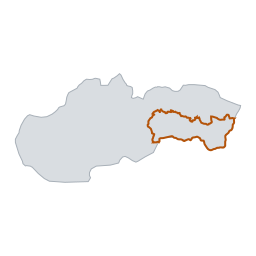 where Košický sits in Slovakia
{"feature_id": "SVK-1057", "entity_name": "Košický", "entity_type": "Region", "adm_level": 1, "iso_a3": "SVK", "parent_name": "Slovakia", "parent_adm1": "", "projection": "orthographic", "projection_center": [21.122, 48.674], "detail": "fine", "context": "in_parent", "style": "outline", "palette": "amber", "viewbox_px": 256, "rotation_deg": 0, "n_neighbors": 0, "source": "natural_earth", "source_scale": "10m", "svg_char_len": 6659}
<svg xmlns="http://www.w3.org/2000/svg" viewBox="0 0 256 256"><path d="M240.6,105.5L240.1,108.0L238.6,110.9L236.6,113.9L235.0,117.5L232.9,125.3L231.4,128.9L225.5,136.0L225.2,145.8L224.4,146.5L210.7,150.0L208.8,149.5L207.0,147.6L205.9,146.2L205.3,145.2L204.1,142.5L202.5,140.6L200.1,139.0L198.0,137.2L195.3,137.1L187.9,139.7L182.7,140.0L179.3,139.2L174.8,137.6L165.9,137.3L159.8,138.7L159.2,140.6L153.4,152.5L145.2,156.8L138.0,161.2L135.9,162.1L132.4,160.6L128.4,157.9L125.1,156.4L122.6,157.0L119.9,160.0L118.6,163.0L110.4,165.1L96.3,166.1L91.3,168.9L89.5,172.5L89.4,175.3L90.5,177.8L88.9,180.5L88.2,181.6L78.2,181.9L64.9,182.3L56.9,181.7L49.4,181.2L44.4,178.6L38.4,173.6L32.2,167.1L31.5,166.9L30.6,166.2L26.5,165.6L25.4,165.9L23.0,163.7L22.4,161.1L19.0,154.0L15.4,142.4L15.4,139.2L17.3,135.5L19.0,132.8L19.3,130.5L19.5,129.9L21.1,125.3L24.5,119.2L27.5,115.8L29.7,114.7L33.9,116.0L41.2,117.3L46.8,116.7L52.2,114.1L55.2,111.8L57.7,109.4L58.6,107.8L59.7,107.0L64.1,105.7L65.5,104.1L66.2,100.8L66.8,97.2L67.8,94.6L68.9,92.6L77.1,88.2L77.9,86.6L79.2,85.0L81.6,83.3L84.0,80.7L86.5,79.2L89.6,79.5L92.4,79.3L94.7,78.4L95.7,78.3L99.8,79.2L100.4,82.2L100.8,85.4L107.9,85.3L112.0,78.8L114.0,78.0L117.3,75.7L119.5,73.7L121.0,75.1L123.0,79.4L125.2,82.9L126.5,84.3L126.7,85.4L128.0,86.0L130.5,86.5L132.2,87.5L132.7,90.8L132.7,93.7L131.8,95.8L131.4,97.6L133.1,98.4L135.8,97.7L137.6,96.7L143.2,99.2L145.2,93.8L147.4,91.1L150.3,89.9L152.9,88.2L155.3,87.1L156.9,87.2L157.6,86.7L159.6,86.8L162.0,87.4L165.2,86.8L169.6,88.1L172.3,90.6L175.0,91.4L178.1,91.3L180.2,89.9L183.3,85.2L185.5,85.3L188.9,84.6L193.8,84.6L205.1,85.6L208.0,87.3L215.0,89.6L218.0,92.2L219.4,95.4L220.2,97.6L227.4,100.9L238.1,105.0L240.6,105.5Z" fill="#d9dde1" stroke="#a8b0b8" stroke-width="1"/><path d="M234.3,118.5L234.2,118.6L233.9,119.3L233.9,119.8L234.0,120.3L234.1,122.3L234.0,122.7L233.8,123.4L233.4,123.9L233.1,124.2L232.8,124.6L232.7,125.4L232.7,126.7L232.5,128.0L232.0,129.1L231.4,130.0L230.9,130.3L229.9,130.6L229.4,131.0L229.1,131.4L228.7,132.4L228.5,132.8L225.9,134.9L225.3,135.9L225.3,137.1L225.7,139.6L225.6,140.5L225.2,141.5L225.2,145.8L224.5,146.8L223.8,147.4L223.0,147.6L220.7,147.4L219.9,147.4L219.2,147.7L217.1,147.8L216.5,148.1L215.3,148.8L213.6,149.1L211.6,150.1L210.3,150.2L209.1,149.8L208.0,149.1L207.1,148.0L204.8,144.5L204.5,143.9L204.0,141.4L203.6,140.7L202.9,140.6L201.5,140.6L200.8,140.3L200.6,139.9L200.2,138.7L199.9,138.2L199.6,137.9L198.9,137.6L197.5,136.8L196.9,136.7L194.9,137.3L193.5,137.4L192.9,137.5L192.1,138.0L191.8,138.5L191.5,139.2L191.1,139.8L190.5,140.2L190.0,140.0L189.5,139.6L188.8,139.2L187.5,139.5L184.4,141.0L183.4,140.8L182.6,140.0L181.5,139.5L180.3,139.3L179.3,139.4L177.9,139.2L175.8,137.9L174.5,137.8L173.9,137.6L172.8,136.5L172.1,136.2L171.5,136.2L163.1,138.1L160.6,138.2L159.5,138.7L159.4,139.2L159.4,139.7L159.5,140.7L159.5,140.9L159.5,141.1L159.5,141.3L159.4,141.5L158.9,142.3L158.1,141.9L157.2,141.9L157.0,142.0L156.3,142.4L155.9,142.4L155.3,142.3L153.6,142.5L153.5,142.4L153.4,142.4L153.5,142.3L153.5,142.2L153.5,141.8L152.8,141.4L152.7,141.2L152.6,140.9L152.6,140.7L152.6,140.4L152.4,140.1L152.4,139.9L152.4,139.6L152.4,139.2L152.6,139.0L152.7,138.7L152.9,138.3L153.0,138.1L153.3,136.7L153.5,136.3L153.5,136.1L153.7,135.9L153.8,135.8L153.8,135.6L153.9,135.4L154.1,134.7L154.2,134.3L154.2,134.2L153.7,133.9L153.4,133.8L153.3,133.7L152.8,133.6L152.5,133.6L152.2,133.4L152.0,133.2L152.0,132.9L152.0,132.7L151.8,131.5L151.0,129.1L150.8,128.7L148.8,127.0L148.7,126.9L148.3,126.8L147.9,126.5L147.8,126.1L147.7,125.4L147.7,125.1L147.7,124.8L147.8,124.6L148.1,124.3L148.3,124.0L148.5,123.8L148.5,123.5L148.4,122.9L148.4,122.4L148.4,121.8L148.4,121.7L148.5,121.5L148.4,121.2L148.6,120.8L150.5,118.1L151.4,117.8L152.0,117.3L152.5,116.1L152.7,115.7L152.9,115.5L154.1,114.7L153.6,114.0L153.0,113.8L152.6,113.7L153.0,113.1L153.5,112.4L153.7,112.2L154.2,111.8L155.9,111.1L156.2,110.8L156.3,110.8L156.5,110.8L156.8,110.7L157.4,110.1L157.6,110.0L157.8,110.2L158.1,110.3L159.0,110.9L159.6,111.8L159.7,112.0L159.8,112.0L159.8,111.9L159.7,111.9L159.6,111.6L159.5,111.3L159.5,111.2L160.5,110.7L160.5,110.1L160.6,109.8L161.0,109.4L161.3,109.5L161.3,110.1L161.6,110.4L162.6,111.2L163.5,111.8L164.4,111.9L164.7,112.0L164.9,112.1L165.0,112.2L165.4,113.0L165.7,113.2L166.1,113.2L166.6,113.1L167.0,113.0L167.2,112.9L167.3,112.8L167.5,112.5L167.5,112.4L167.4,112.2L167.4,111.9L167.6,111.8L167.9,111.7L168.6,111.7L171.0,112.1L171.3,112.0L171.2,111.9L170.9,111.7L170.9,111.4L171.0,111.1L171.0,110.8L170.9,110.6L170.9,110.3L171.0,110.3L171.4,110.4L172.4,110.8L173.0,111.0L173.1,111.4L173.1,111.5L173.6,111.9L173.9,112.0L174.1,112.0L175.3,111.7L176.1,112.4L176.9,112.5L178.0,113.3L178.3,113.2L178.7,113.0L179.2,112.9L179.4,113.0L179.6,113.0L179.7,113.3L179.7,113.5L179.7,113.8L179.8,114.1L180.0,114.4L180.6,115.0L180.8,115.4L180.8,115.6L181.1,115.9L181.2,116.1L181.4,116.1L181.5,116.1L182.2,116.0L183.7,116.5L184.4,116.6L184.6,116.6L185.4,116.4L185.5,116.4L185.8,116.5L186.0,116.6L186.3,116.9L186.3,117.0L186.5,117.2L186.7,117.4L187.0,117.7L187.2,117.8L188.0,117.6L188.6,117.8L189.0,117.9L189.3,118.0L189.5,118.2L190.0,118.2L190.3,118.1L190.4,118.3L190.5,118.5L190.4,118.6L190.2,118.9L190.1,119.1L189.8,119.5L189.7,119.6L189.7,119.8L189.7,120.0L190.1,120.7L190.9,121.3L191.3,121.6L191.8,121.6L192.3,121.6L192.4,121.4L192.2,121.2L192.1,120.8L192.1,120.7L192.3,120.5L192.4,120.4L192.6,120.4L193.2,120.4L193.4,120.4L193.8,120.2L194.5,120.1L194.9,119.9L195.0,119.6L195.1,119.2L195.2,118.4L195.2,118.2L195.0,117.8L195.0,117.7L195.6,117.5L195.9,117.5L196.2,117.8L196.3,117.9L196.4,118.0L196.5,117.9L196.6,117.6L196.6,117.2L196.8,117.0L196.8,117.3L196.9,117.5L197.1,117.7L197.6,118.0L197.9,118.0L198.2,118.0L198.4,117.8L198.5,117.7L199.1,117.5L199.5,118.6L199.6,118.9L199.6,119.5L199.8,119.9L200.0,120.3L200.2,120.6L201.3,122.7L203.8,123.7L204.8,123.8L205.5,123.8L205.9,123.8L206.1,123.9L206.9,124.5L207.3,124.6L207.7,124.7L208.0,124.6L208.4,124.4L208.5,124.4L208.6,124.1L208.9,123.8L209.8,123.7L210.5,123.1L211.2,122.8L211.4,122.7L211.6,122.5L211.7,122.2L211.8,121.9L211.8,121.7L211.7,121.4L211.5,120.9L211.4,120.7L211.4,120.2L211.2,119.5L211.2,119.2L211.2,118.5L211.2,118.3L211.1,118.2L211.1,116.5L212.6,116.6L216.4,117.8L217.0,118.0L217.3,118.3L217.5,118.6L219.3,119.6L220.2,119.8L220.9,119.8L222.1,119.6L224.4,119.6L224.5,119.5L224.6,119.3L224.6,119.0L224.5,118.4L224.3,117.9L224.3,117.7L224.4,117.3L224.5,117.2L225.4,116.8L226.8,114.8L227.9,114.7L228.6,115.1L228.7,115.4L228.8,115.6L228.8,115.8L228.8,116.1L229.5,117.5L229.5,117.9L229.6,118.2L229.7,118.4L229.9,118.4L231.2,118.3L232.2,118.0L232.4,118.0L234.2,118.5L234.3,118.5Z" fill="none" stroke="#b45309" stroke-width="2"/></svg>